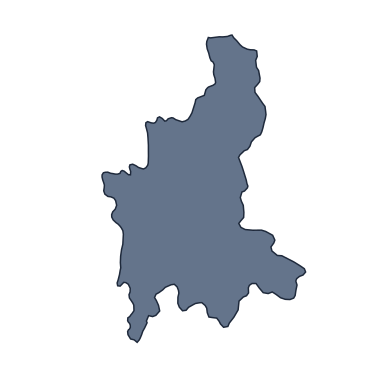 Kletsk, Minsk, Belarus (Equal Earth projection), rotated 249°
{"feature_id": "67162791B94687657655016", "entity_name": "Kletsk", "entity_type": "district", "adm_level": 2, "iso_a3": "BLR", "parent_name": "Belarus", "parent_adm1": "Minsk", "projection": "equal_earth", "projection_center": [26.695, 52.952], "detail": "fine", "context": "isolated", "style": "filled", "palette": "slate", "viewbox_px": 384, "rotation_deg": 249, "n_neighbors": 0, "source": "geoboundaries", "source_scale": "gbopen_adm2", "svg_char_len": 3575}
<svg xmlns="http://www.w3.org/2000/svg" viewBox="0 0 384 384"><g transform="rotate(249 192 192)"><path d="M324.2,285.6L324.5,284.0L324.5,280.9L325.8,276.2L327.1,273.1L328.0,269.5L329.2,264.6L330.4,262.6L329.0,261.4L327.3,259.8L324.8,258.5L320.2,257.5L315.7,257.4L310.9,256.8L307.7,256.9L305.8,258.2L302.8,258.4L299.7,256.8L296.5,255.1L293.8,254.4L289.8,254.2L285.8,253.3L284.7,252.3L284.1,250.0L284.1,247.4L284.1,245.1L283.7,243.8L282.4,241.5L280.3,240.0L277.8,238.1L277.8,233.6L277.8,231.0L276.9,228.6L274.2,226.9L269.8,223.4L266.0,220.4L263.4,217.4L261.3,214.4L260.7,211.2L261.1,207.9L263.4,205.1L265.3,202.8L267.9,200.9L268.7,199.5L268.9,196.0L267.7,193.7L267.9,192.0L271.3,190.6L273.8,188.6L273.6,186.4L271.5,184.8L270.0,182.7L270.0,180.8L271.3,178.5L273.6,175.8L273.2,173.8L270.7,172.5L267.5,172.2L263.1,171.7L258.6,170.4L251.4,168.1L246.2,166.1L241.1,164.2L234.7,161.5L232.8,160.2L231.1,157.5L230.9,154.9L232.0,153.4L234.1,150.8L236.6,149.1L239.2,146.6L239.6,143.8L237.9,142.5L235.8,142.2L233.1,142.1L230.1,140.7L230.9,138.9L232.6,137.9L235.8,136.1L237.1,134.5L236.7,132.9L235.2,131.4L235.4,128.8L236.2,126.8L237.5,124.8L238.6,122.8L240.7,120.5L241.5,118.1L241.7,116.2L240.2,114.2L238.2,113.4L235.5,113.0L232.4,112.9L229.9,112.7L227.7,111.7L224.7,110.0L221.2,109.9L218.0,111.9L216.5,114.6L214.2,116.9L211.3,117.6L206.6,116.9L203.5,114.2L201.9,110.9L199.7,108.9L197.4,108.1L194.2,108.4L190.6,110.1L188.7,111.4L186.4,112.4L184.1,113.1L180.7,113.6L177.2,112.8L168.0,108.7L163.5,105.6L157.7,102.4L151.7,99.8L146.7,98.3L144.6,96.9L140.7,94.6L136.2,91.4L133.9,89.5L131.1,89.0L129.9,91.2L131.1,93.8L132.1,95.9L131.0,97.9L128.6,99.5L124.2,99.8L120.9,98.4L118.7,96.4L115.5,95.6L112.1,96.4L109.2,97.0L107.2,97.1L102.0,95.3L100.1,92.6L99.0,90.6L98.0,89.2L97.5,87.0L94.9,85.8L93.6,85.9L91.7,86.6L90.0,86.7L87.7,85.9L86.3,84.3L86.1,83.3L84.8,81.9L81.7,81.1L76.8,82.0L75.3,84.2L74.6,85.1L72.2,86.4L71.3,86.9L72.8,89.7L74.1,91.2L76.7,93.7L79.6,96.1L82.0,99.0L86.0,103.2L87.9,103.2L92.1,107.2L89.8,110.6L89.8,114.1L92.5,119.2L98.2,120.1L103.5,119.8L106.9,119.2L109.5,121.8L109.9,124.9L111.1,129.5L112.6,132.9L112.9,139.2L112.2,142.4L108.8,144.1L105.0,144.1L102.3,143.5L98.9,141.2L93.2,138.9L89.0,138.9L84.5,140.6L83.7,144.1L85.6,147.5L86.3,152.1L86.7,155.2L85.9,159.3L85.2,161.5L81.4,163.6L78.3,164.1L73.8,163.0L69.2,163.0L67.7,165.6L65.4,169.9L61.6,171.0L58.6,171.3L54.4,173.0L53.6,177.3L56.3,179.9L60.1,186.2L65.4,192.8L73.3,196.8L75.6,202.3L75.6,205.7L77.5,208.6L82.4,210.3L84.3,212.1L85.1,215.2L83.6,219.0L78.2,220.4L72.5,222.4L69.9,226.7L69.9,231.1L66.4,233.7L61.5,236.8L58.4,240.6L56.5,244.9L56.5,248.9L58.4,251.2L63.0,253.8L67.5,256.7L71.7,257.0L73.6,258.7L74.6,261.8L74.7,262.2L74.7,265.9L76.6,269.4L80.1,269.4L83.9,266.8L90.0,262.2L100.3,253.0L102.2,248.9L108.3,245.5L112.4,246.0L115.1,250.1L117.4,252.1L122.7,251.8L128.8,246.6L131.5,243.2L134.5,235.1L137.9,228.2L141.4,225.0L145.9,224.4L147.5,227.0L149.7,231.1L154.3,233.1L161.2,235.1L165.7,234.8L169.5,235.1L174.1,238.6L174.1,241.4L176.0,245.2L177.5,246.3L180.2,246.3L183.6,246.9L192.4,247.5L197.7,247.8L203.4,247.8L207.6,247.8L209.5,250.1L211.8,255.6L211.8,259.0L214.0,262.5L217.5,265.4L220.1,270.3L220.5,272.9L220.9,276.3L223.2,278.7L226.6,281.3L230.8,284.1L234.2,286.7L237.7,288.8L240.7,289.6L245.7,290.8L249.9,289.6L257.5,287.9L262.4,286.5L267.0,287.9L268.9,291.7L270.8,294.8L273.9,296.3L281.5,297.7L285.3,296.9L292.1,298.6L295.2,301.5L300.5,302.9L302.4,300.9L303.9,297.4L305.5,294.8L309.3,291.1L312.3,289.6L317.3,287.9L321.1,286.2L324.1,285.6L324.2,285.6Z" fill="#64748b" stroke="#1e293b" stroke-width="1.5"/></g></svg>